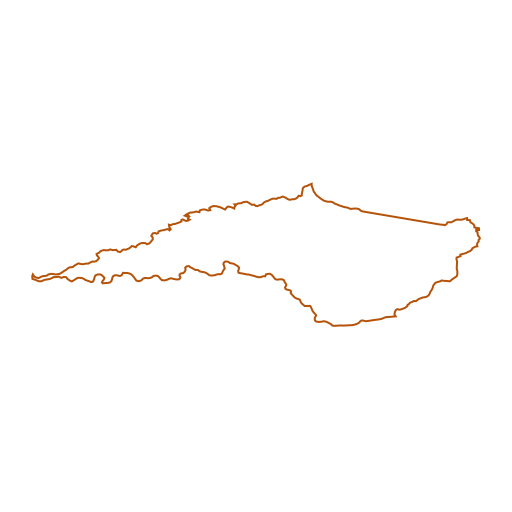 Bandeirantes do Tocantins, Tocantins, Brazil, rotated 89°
{"feature_id": "56859067B76010541703685", "entity_name": "Bandeirantes do Tocantins", "entity_type": "district", "adm_level": 2, "iso_a3": "BRA", "parent_name": "Brazil", "parent_adm1": "Tocantins", "projection": "equal_earth", "projection_center": [-48.669, -7.991], "detail": "fine", "context": "isolated", "style": "outline", "palette": "amber", "viewbox_px": 512, "rotation_deg": 89, "n_neighbors": 0, "source": "geoboundaries", "source_scale": "gbopen_adm2", "svg_char_len": 6089}
<svg xmlns="http://www.w3.org/2000/svg" viewBox="0 0 512 512"><g transform="rotate(89 256 256)"><path d="M184.8,199.1L185.8,201.7L186.9,203.9L187.4,206.1L188.6,207.7L189.8,208.2L191.2,208.3L192.7,208.7L193.8,208.8L195.0,209.2L196.3,209.2L196.9,210.5L196.5,212.3L197.7,213.2L199.0,214.5L199.8,216.5L200.0,219.3L200.4,221.3L199.6,223.4L198.1,225.6L197.0,228.1L198.1,231.0L198.3,233.1L199.2,234.4L199.0,236.3L199.0,238.5L200.0,241.0L201.0,242.8L201.5,245.0L202.6,247.1L204.5,248.9L205.4,251.9L206.2,253.8L205.9,255.5L204.6,256.9L204.8,259.1L202.7,262.3L201.6,264.1L201.7,266.2L202.0,268.0L202.9,269.7L203.2,273.1L204.0,274.5L204.0,276.6L205.4,275.6L206.6,276.6L208.2,276.9L207.3,278.6L206.6,280.5L206.2,282.1L206.2,283.6L207.5,284.9L209.0,286.1L207.1,289.9L206.5,291.4L206.0,293.1L205.6,294.6L205.3,297.5L206.0,300.0L207.4,301.9L209.4,301.0L209.7,303.2L208.9,305.3L208.5,307.1L208.7,309.0L209.4,311.4L211.2,311.8L210.5,315.3L211.2,317.4L211.4,319.8L211.5,321.4L213.2,324.8L214.4,326.5L215.2,324.7L214.1,323.2L215.3,322.0L216.2,323.0L217.6,323.4L218.5,321.7L219.5,323.6L219.7,325.2L219.2,326.7L218.1,328.6L218.8,330.0L220.2,330.0L221.1,332.0L221.8,334.3L222.5,336.2L222.8,338.8L223.7,340.8L223.2,342.5L224.9,342.3L226.4,341.8L227.7,340.8L228.9,342.0L227.5,343.6L228.6,348.4L228.9,350.5L229.7,353.0L231.1,353.3L232.0,354.8L231.2,356.6L231.6,358.8L234.0,360.3L235.7,359.0L237.5,358.9L238.9,360.0L240.4,361.3L241.6,362.5L242.3,364.8L241.3,366.2L241.0,367.8L241.1,370.0L241.6,371.8L242.3,373.1L243.4,374.8L245.2,376.1L244.3,378.1L243.9,380.0L245.1,381.3L246.3,383.0L247.5,386.3L247.2,387.9L247.7,389.5L248.8,390.5L249.7,391.8L249.1,394.1L247.4,395.5L247.7,399.0L246.9,401.7L247.7,403.9L247.7,406.0L247.4,408.2L248.5,411.5L249.9,412.7L251.2,415.4L252.6,415.1L254.0,413.7L255.4,413.0L257.1,414.4L258.3,415.8L258.8,417.6L258.7,419.8L259.7,422.1L260.7,423.9L260.6,426.4L261.1,428.0L261.1,430.7L260.3,433.6L260.9,434.9L262.6,437.9L263.9,439.5L264.1,442.4L265.0,444.3L266.4,445.9L267.4,447.8L269.8,451.4L270.5,453.0L270.9,455.8L270.9,457.4L270.4,459.2L270.3,461.7L270.9,464.1L271.8,465.1L272.2,466.6L272.3,468.7L272.8,470.8L274.3,473.8L273.6,476.4L272.8,478.0L270.5,479.4L272.2,480.1L275.0,479.9L275.8,477.5L277.5,473.5L277.5,470.9L276.8,469.5L276.1,467.6L275.7,464.6L275.4,462.8L274.5,460.3L273.6,459.0L273.5,455.4L273.2,453.8L274.5,450.9L273.6,448.7L273.9,446.1L275.6,444.9L277.3,442.6L278.2,440.6L277.2,438.8L274.8,434.8L274.7,432.6L275.0,430.4L275.9,428.4L277.0,427.0L278.4,423.1L279.2,421.3L278.8,419.4L277.2,418.7L275.4,418.0L273.9,417.6L272.6,416.9L271.7,414.7L271.7,412.0L272.6,410.3L274.0,409.1L275.1,407.9L276.8,408.5L278.3,409.8L279.6,410.5L280.6,409.8L280.3,404.4L279.9,402.5L278.7,401.1L276.9,400.4L275.2,400.0L273.9,399.4L272.9,397.9L272.8,395.9L273.6,392.3L272.9,390.7L270.5,389.3L270.7,386.9L270.7,385.1L271.2,383.1L272.1,381.1L273.7,379.6L275.0,378.5L278.6,376.0L279.2,373.6L278.4,371.1L276.9,369.7L276.1,368.0L276.1,366.2L276.3,364.6L276.2,362.6L275.5,360.5L274.3,359.0L273.9,357.3L274.0,355.4L274.6,354.1L275.9,352.9L277.2,351.9L278.5,350.5L278.8,347.9L278.2,345.3L277.3,343.4L276.8,341.3L277.3,339.4L277.8,337.4L278.1,335.5L277.9,333.1L276.1,331.9L274.3,332.8L273.0,332.6L272.1,331.2L271.7,328.8L270.2,327.4L268.3,326.6L266.4,327.0L265.1,325.4L264.9,323.2L266.2,321.7L267.1,319.8L268.0,318.4L268.8,317.0L269.0,314.3L270.5,312.4L271.3,308.1L272.0,306.2L273.1,304.6L274.4,303.1L274.8,300.8L274.4,297.0L273.7,295.5L273.5,293.9L273.7,292.0L272.8,290.3L271.3,289.7L269.6,288.8L268.0,287.5L264.7,288.3L263.6,288.8L262.0,288.2L261.0,286.9L261.0,284.9L261.7,283.3L262.6,282.3L262.9,280.6L263.3,278.6L265.8,274.5L267.3,273.1L269.0,273.5L270.6,274.1L272.4,273.8L273.0,271.6L273.3,269.6L273.7,268.0L274.1,266.4L274.6,262.6L275.2,261.1L275.8,258.5L276.7,256.1L277.3,253.6L277.2,251.6L276.4,249.4L276.4,247.1L274.6,246.4L274.1,244.4L274.0,242.4L275.2,240.5L279.5,237.1L280.0,235.5L279.7,231.9L279.9,229.8L280.8,228.4L282.6,227.8L284.0,226.8L285.3,226.2L286.6,226.7L287.9,227.5L289.4,227.1L290.2,225.6L290.8,222.8L291.9,221.5L293.5,222.0L294.8,221.1L297.7,218.5L298.6,217.4L299.5,215.5L300.3,213.0L303.2,211.9L304.5,210.8L306.9,208.2L306.8,202.8L308.5,201.7L310.3,201.1L311.9,200.4L313.5,199.3L314.9,198.0L316.2,196.9L317.4,197.4L318.5,198.2L319.7,198.4L321.4,198.2L322.6,197.0L322.9,195.3L323.0,193.4L322.8,191.3L322.4,189.3L322.8,187.5L323.4,185.9L325.5,182.2L326.9,180.9L327.2,179.0L326.9,172.3L327.1,170.0L326.9,163.6L326.8,160.9L326.2,158.0L325.4,155.7L324.3,153.9L323.2,153.0L322.3,151.6L322.5,149.6L323.1,147.8L323.0,145.7L322.0,138.7L321.8,136.6L321.5,134.0L321.1,131.8L320.4,129.8L319.6,127.9L319.3,126.1L319.2,122.4L319.0,120.4L318.8,117.4L317.1,118.5L315.9,118.5L313.9,117.9L312.3,117.0L311.6,115.4L312.2,113.7L311.9,111.9L310.6,108.2L308.9,105.6L307.6,105.4L306.5,103.7L305.4,102.9L304.7,100.7L303.7,98.9L303.9,96.7L302.3,94.8L301.4,92.8L300.4,90.0L300.1,87.8L299.7,86.1L298.5,84.2L296.7,83.0L294.8,82.3L292.6,80.7L290.6,79.8L288.7,79.3L287.5,78.4L286.0,77.2L285.2,75.0L284.6,72.5L283.7,70.8L284.1,68.6L284.3,65.8L284.7,62.6L282.9,60.5L279.8,55.7L278.2,55.1L274.9,54.9L272.3,55.5L269.7,55.4L265.0,55.0L263.0,55.6L261.1,55.5L259.7,51.5L258.2,51.7L256.8,46.2L255.6,43.9L254.7,41.7L253.4,40.1L252.1,39.6L250.5,36.6L250.2,34.5L248.9,34.8L247.2,34.6L245.3,33.1L244.0,33.2L242.5,31.9L241.1,32.2L239.5,33.7L237.7,34.0L236.0,34.1L235.2,35.4L233.8,35.4L233.9,32.5L232.1,32.6L231.7,35.4L231.2,37.2L229.6,37.1L228.1,38.0L227.0,39.4L226.0,41.0L223.9,41.5L223.7,44.2L221.8,44.3L222.3,46.4L223.0,48.4L223.3,50.3L223.3,52.3L223.0,54.0L223.6,56.1L224.9,58.5L225.8,60.5L225.6,62.1L225.7,63.9L227.7,65.1L228.5,66.8L228.0,68.3L227.9,70.2L227.5,72.7L213.3,148.6L212.5,150.6L211.1,151.9L210.6,153.4L210.3,154.9L210.3,156.6L210.4,158.6L210.6,160.7L209.8,162.3L209.1,164.1L208.8,166.1L208.2,168.2L207.5,170.0L206.9,171.9L206.1,173.5L204.8,176.7L203.6,178.2L203.0,180.4L203.0,182.9L202.6,185.0L201.9,187.0L200.6,189.1L199.1,191.1L197.5,193.0L196.3,194.6L195.1,195.4L193.9,196.1L192.7,197.1L191.5,197.5L190.1,197.8L188.3,198.6L186.6,199.1L184.8,199.1Z" fill="none" stroke="#b45309" stroke-width="2"/></g></svg>